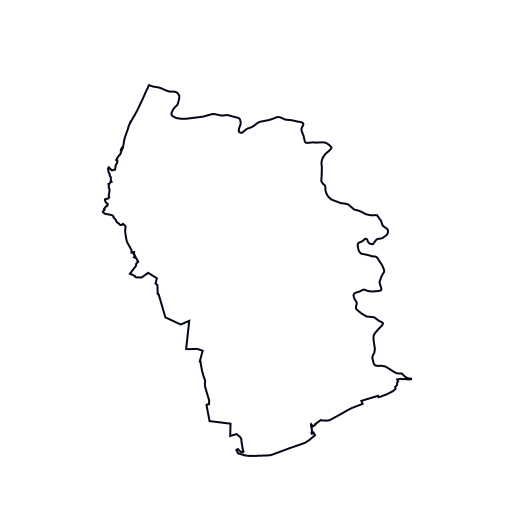 Huanímaro, Guanajuato, Mexico, rotated 253°
{"feature_id": "50627088B31138177943412", "entity_name": "Huanímaro", "entity_type": "district", "adm_level": 2, "iso_a3": "MEX", "parent_name": "Mexico", "parent_adm1": "Guanajuato", "projection": "mercator", "projection_center": [-101.493, 20.365], "detail": "fine", "context": "isolated", "style": "outline", "palette": "ink", "viewbox_px": 512, "rotation_deg": 253, "n_neighbors": 0, "source": "geoboundaries", "source_scale": "gbopen_adm2", "svg_char_len": 6033}
<svg xmlns="http://www.w3.org/2000/svg" viewBox="0 0 512 512"><g transform="rotate(253 256 256)"><path d="M450.7,203.6L450.1,203.0L447.6,201.0L447.2,200.3L444.7,198.2L439.9,194.1L438.2,192.5L430.6,185.6L425.2,180.2L425.3,180.0L420.4,175.0L420.7,174.9L416.5,171.5L416.1,171.5L408.4,165.8L407.1,164.9L405.2,163.8L398.3,160.3L398.8,159.4L397.6,158.7L397.6,158.2L396.9,157.8L396.8,158.8L393.0,156.0L392.0,154.2L390.2,151.8L389.6,151.8L388.7,150.4L387.7,151.2L387.4,150.9L386.0,150.8L383.8,148.3L379.8,146.5L380.0,143.2L383.9,141.2L383.1,140.2L382.8,140.2L382.3,139.9L381.5,140.0L379.2,139.4L378.5,139.6L377.6,140.0L377.0,140.1L376.4,139.9L376.1,139.7L375.8,139.6L374.3,140.1L372.9,140.0L371.5,139.4L370.2,139.6L369.2,139.5L369.6,138.7L368.0,137.2L368.0,136.0L365.8,135.7L364.4,135.1L363.4,135.4L362.0,135.3L356.9,132.9L355.2,132.9L354.8,132.1L354.2,131.6L354.4,128.2L353.2,127.9L351.9,127.9L350.2,128.5L348.9,129.5L347.2,128.1L347.4,127.2L345.4,124.4L344.6,124.8L343.1,122.4L342.1,122.8L341.0,123.6L340.2,124.5L337.4,129.9L336.8,130.5L336.2,130.9L335.2,131.3L334.7,131.0L334.4,131.0L333.1,131.8L331.5,132.5L329.9,132.6L329.0,132.8L327.1,134.4L326.1,134.7L325.4,135.2L325.1,135.9L325.0,136.9L325.6,137.8L325.7,138.0L324.5,139.0L322.5,139.9L322.3,139.9L318.5,138.3L317.0,137.9L312.7,137.2L307.4,136.7L298.4,138.6L297.2,138.5L295.6,137.9L295.4,138.5L295.6,139.1L295.5,139.9L295.4,139.8L295.2,140.4L294.6,141.1L295.0,139.6L294.5,139.5L293.9,139.7L293.7,139.6L292.9,140.3L292.6,140.2L292.3,139.9L291.3,140.4L290.6,140.5L290.4,140.2L290.7,139.2L290.5,138.9L289.9,139.5L289.5,140.6L285.1,141.7L284.7,140.7L284.4,140.7L284.2,140.0L283.9,139.5L283.4,139.1L281.8,138.4L281.5,138.1L275.9,130.2L274.5,131.9L273.0,133.4L272.5,134.2L271.2,134.5L270.6,135.2L268.9,140.3L270.8,146.3L271.5,147.9L263.7,154.7L259.1,151.9L257.0,153.2L248.3,150.9L247.7,151.7L223.8,151.4L212.5,164.0L213.5,173.2L187.5,162.0L186.6,164.3L184.4,172.5L181.0,177.3L171.6,171.4L171.2,172.1L169.7,171.7L161.7,170.8L156.7,170.7L151.3,170.9L149.5,170.0L146.6,169.2L142.1,169.0L131.6,169.0L128.0,167.7L128.3,166.2L128.0,165.1L111.7,163.3L103.1,182.6L91.4,178.7L91.4,185.4L89.7,186.4L88.5,187.4L86.8,188.1L84.8,188.4L83.1,187.9L81.5,187.7L74.9,186.8L72.7,186.9L72.2,186.3L72.5,185.4L73.5,183.9L76.4,182.4L76.1,181.6L76.6,181.4L76.1,180.4L74.5,180.9L73.7,180.9L72.1,181.4L71.9,182.0L71.8,182.3L71.4,183.0L70.9,183.5L70.0,185.0L69.8,185.6L69.0,186.0L68.7,187.0L68.0,188.4L67.7,188.8L67.3,189.9L66.9,190.4L66.9,190.7L66.9,190.9L66.5,192.2L65.3,195.9L64.7,197.9L64.6,198.8L64.0,201.1L63.5,202.4L63.5,203.0L62.3,207.2L61.3,211.4L61.3,214.1L62.4,232.2L63.0,248.2L64.3,252.8L67.4,260.0L70.3,259.4L69.6,257.6L69.6,257.4L70.6,257.3L71.2,257.5L71.5,258.2L73.8,258.7L78.3,259.1L79.0,259.6L76.4,260.6L77.2,263.3L77.8,263.2L80.2,270.2L79.6,270.7L79.3,271.3L77.6,276.5L77.5,277.6L77.6,278.7L77.9,280.8L80.4,292.7L81.6,297.7L82.6,303.1L83.4,314.7L86.7,314.4L86.6,331.8L85.2,331.9L85.0,334.7L85.3,336.2L85.4,339.9L86.4,345.8L86.7,347.4L88.0,350.3L88.3,350.7L88.9,350.8L90.1,350.8L91.4,353.2L93.0,353.7L94.1,354.5L94.4,355.2L96.7,354.9L96.2,358.6L95.1,360.7L94.9,362.3L93.2,366.2L92.9,368.3L93.3,368.4L93.8,367.5L94.7,365.3L97.4,363.0L101.1,361.0L101.9,358.3L102.7,356.2L105.3,353.6L109.2,350.4L112.6,347.3L114.6,343.3L115.3,340.2L116.5,338.0L118.3,337.2L124.5,337.4L127.0,338.9L129.1,341.0L132.3,342.5L141.4,343.9L144.9,344.9L147.2,346.8L149.6,350.6L153.3,357.0L154.7,357.7L156.2,356.7L158.0,354.6L162.6,351.3L163.8,349.2L164.8,346.4L165.8,344.1L169.8,340.4L174.5,337.1L176.3,336.3L177.7,336.5L180.6,338.2L182.1,338.7L183.9,338.3L185.9,337.7L187.9,337.6L189.7,337.7L191.2,338.6L191.7,340.0L191.7,344.3L192.4,348.4L192.2,349.7L190.1,352.4L189.1,354.2L187.9,357.3L186.6,363.6L186.6,364.7L186.8,365.6L187.2,366.0L187.9,366.3L188.9,366.4L192.9,366.3L195.0,366.5L199.1,369.5L201.4,371.6L203.4,373.9L205.2,374.4L207.7,374.2L210.3,373.9L219.0,371.4L220.4,370.3L221.9,366.7L223.8,364.0L224.8,362.3L227.3,357.5L228.8,356.5L231.2,355.8L233.8,356.0L236.9,356.4L238.3,357.4L238.7,358.6L239.0,361.8L239.7,363.6L240.5,365.1L240.3,366.4L239.8,366.9L238.7,367.1L236.7,367.3L235.0,368.0L233.7,369.7L233.1,371.3L234.8,373.5L236.4,375.9L236.7,377.0L236.1,382.0L237.7,386.8L239.3,388.7L241.2,389.6L243.3,389.5L247.7,386.2L249.6,385.9L252.8,385.9L259.6,383.7L260.2,382.1L260.7,379.8L261.7,377.0L263.9,373.2L267.4,369.8L269.2,367.6L271.7,363.5L278.3,359.3L280.5,355.7L281.6,352.8L286.6,346.3L288.2,344.4L290.3,343.1L292.6,342.1L295.3,341.6L298.5,341.6L301.9,342.6L303.3,342.5L305.5,341.2L307.1,340.6L308.2,340.4L309.4,340.6L313.4,342.2L321.5,344.9L325.4,345.7L326.4,346.0L328.7,347.3L330.7,348.8L333.4,352.3L335.4,357.0L336.5,358.9L337.6,359.9L338.8,359.5L340.5,358.6L342.3,357.3L343.5,356.2L344.3,355.1L345.3,352.7L346.9,346.5L348.0,343.8L349.2,337.9L349.5,337.3L349.8,336.8L350.4,336.4L351.2,336.2L357.6,336.6L361.5,336.2L362.9,336.3L363.7,336.5L364.7,336.9L365.5,337.6L367.7,339.6L368.1,339.8L368.7,339.8L369.1,339.7L369.8,339.4L370.3,338.9L371.4,337.2L372.6,334.7L374.9,330.8L376.1,328.2L377.6,324.5L378.1,323.6L380.0,321.5L381.8,319.3L382.2,318.5L382.5,317.5L382.6,316.2L382.3,312.3L382.2,308.2L383.0,300.9L383.2,299.4L383.1,298.4L383.0,297.3L382.6,296.0L382.2,294.7L381.1,292.1L380.9,291.3L380.4,288.5L380.3,284.6L379.7,283.0L378.1,279.2L378.1,278.1L378.4,277.3L379.2,276.3L380.2,276.0L380.7,276.1L381.4,276.4L383.2,277.3L386.4,279.7L387.0,280.0L388.7,280.5L390.8,280.6L391.7,280.5L392.3,280.3L393.2,279.5L396.5,274.1L398.8,270.6L399.2,269.7L399.5,268.5L399.7,266.7L400.5,263.8L403.8,257.9L404.4,256.3L404.6,253.6L404.7,247.0L404.8,245.7L407.4,230.8L407.9,228.4L409.1,224.6L410.9,220.7L412.2,219.1L413.9,217.4L415.1,216.7L416.0,216.5L416.4,216.6L417.3,217.0L418.4,217.8L420.0,219.2L421.2,220.8L422.0,222.0L423.1,224.3L423.5,224.9L424.3,225.6L425.9,226.7L429.5,228.8L431.1,229.3L432.1,229.4L432.6,229.3L434.7,228.6L435.8,227.8L436.6,226.7L437.3,225.2L438.2,222.3L439.0,220.5L441.3,217.6L444.0,214.5L445.4,212.6L446.7,210.1L448.2,207.0L448.8,206.1L450.7,203.6Z" fill="none" stroke="#020617" stroke-width="2"/></g></svg>